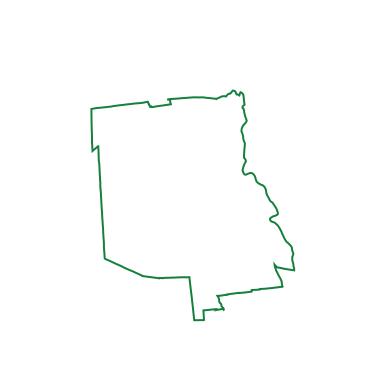 the district of Botesti, Neamt, Romania, rotated 221°
{"feature_id": "2599482B78985950419724", "entity_name": "Botesti", "entity_type": "district", "adm_level": 2, "iso_a3": "ROU", "parent_name": "Romania", "parent_adm1": "Neamt", "projection": "mercator", "projection_center": [26.751, 47.065], "detail": "fine", "context": "isolated", "style": "outline", "palette": "green", "viewbox_px": 384, "rotation_deg": 221, "n_neighbors": 0, "source": "geoboundaries", "source_scale": "gbopen_adm2", "svg_char_len": 5928}
<svg xmlns="http://www.w3.org/2000/svg" viewBox="0 0 384 384"><g transform="rotate(221 192 192)"><path d="M219.5,299.5L220.8,299.1L220.6,298.7L220.5,298.0L220.3,297.4L220.1,296.8L219.8,296.4L219.8,296.2L219.7,296.0L220.6,295.9L221.3,295.6L221.6,295.4L221.8,295.2L221.9,295.3L222.0,295.3L222.3,295.3L222.9,295.1L223.7,295.4L224.1,295.7L224.6,296.1L225.3,296.2L226.1,296.2L226.6,296.0L227.2,295.7L227.6,295.4L227.7,295.2L227.7,294.8L227.7,294.2L227.7,293.1L227.7,292.6L227.8,292.1L227.6,291.7L227.7,291.3L228.0,291.1L228.2,290.6L228.7,290.2L229.0,289.2L229.0,288.9L229.1,287.5L229.0,286.6L229.0,286.4L229.8,286.0L230.5,285.5L232.3,283.6L232.8,282.2L233.5,280.7L234.1,279.6L234.5,278.6L234.5,278.2L235.5,277.9L235.7,277.5L235.9,277.4L236.2,277.2L236.5,277.0L237.8,276.2L238.7,275.5L239.4,275.1L240.0,274.7L241.0,274.0L241.5,273.6L242.1,273.1L243.6,272.1L245.2,271.1L246.8,269.8L247.5,269.1L252.2,265.1L253.1,264.3L260.2,257.2L264.2,253.0L265.3,251.9L265.7,251.5L266.8,250.5L268.6,248.7L270.9,246.2L271.4,245.7L271.1,245.8L270.5,246.2L269.9,246.6L269.3,247.1L269.1,247.3L268.8,247.2L268.4,246.7L268.1,246.3L267.5,245.7L267.0,245.2L265.5,244.3L265.8,243.9L266.4,243.3L267.2,242.3L267.9,241.5L268.5,240.9L268.9,240.4L269.4,239.8L269.8,239.3L270.4,238.6L271.3,237.6L271.7,237.1L272.2,236.5L273.7,234.8L274.1,234.4L274.3,234.1L275.6,232.6L276.2,231.9L277.0,230.8L278.0,229.7L278.8,229.9L279.0,229.4L279.4,228.7L281.7,230.0L281.9,229.7L284.5,231.1L284.8,230.8L284.8,230.7L285.6,229.8L286.4,228.8L287.0,227.8L288.0,226.8L289.2,225.4L291.1,223.4L293.2,221.3L295.3,219.0L296.0,218.1L296.4,217.7L297.3,216.8L298.8,215.2L299.4,214.5L300.1,213.7L300.5,213.2L301.5,212.2L303.1,210.4L303.9,209.6L305.4,207.8L306.7,206.4L307.6,205.3L309.7,202.7L310.0,202.4L310.6,201.8L311.8,200.5L312.7,199.5L313.0,199.1L313.4,198.8L313.7,198.5L314.6,197.5L316.0,196.0L317.4,194.5L318.1,193.8L319.5,192.3L319.7,192.0L321.9,189.3L322.4,188.7L315.5,180.9L309.5,174.3L308.8,173.6L307.7,172.3L306.4,171.0L302.5,166.7L302.2,166.4L301.8,165.9L299.5,163.3L297.1,160.9L294.0,157.7L293.9,158.6L293.3,162.1L293.1,164.0L292.9,165.0L292.7,165.0L292.4,164.6L291.6,163.9L290.9,163.1L290.4,162.5L289.8,162.0L289.2,161.3L288.6,160.6L288.1,160.2L287.7,159.7L286.1,158.0L284.3,156.0L283.6,155.2L283.2,154.8L282.4,154.0L281.3,153.2L280.6,152.6L279.8,151.7L278.7,150.6L277.0,148.8L276.0,147.9L275.8,147.5L275.1,146.8L274.1,145.8L272.5,144.1L271.0,142.7L269.3,140.8L267.1,138.7L266.4,137.9L266.0,137.3L265.1,136.3L264.2,135.3L263.6,134.9L263.0,134.2L260.9,132.3L258.8,130.0L256.0,127.2L253.5,124.6L247.8,118.8L246.5,117.6L245.0,116.0L244.3,115.2L243.6,114.5L242.8,113.7L240.2,111.1L239.8,110.7L238.8,109.7L238.1,109.0L237.7,108.5L237.3,108.1L236.4,107.3L235.9,106.8L235.2,106.1L234.2,105.1L233.5,104.3L233.1,103.9L232.4,103.1L231.4,102.1L231.1,101.8L230.8,101.5L230.7,101.4L230.2,100.9L229.4,100.0L228.9,99.6L228.4,99.1L227.3,98.0L225.4,96.1L224.2,94.8L223.2,93.6L222.2,92.5L221.4,91.7L220.4,90.7L219.2,89.5L218.3,88.7L215.3,85.6L214.2,84.5L212.6,84.9L211.1,85.3L209.7,85.8L208.4,86.2L205.7,86.9L205.3,87.1L204.8,87.2L203.1,87.7L201.6,88.1L199.1,88.9L198.2,89.2L196.3,89.8L194.8,90.1L194.7,90.1L192.9,90.6L191.1,91.1L189.9,91.5L189.4,91.7L188.7,91.9L184.2,93.4L181.7,94.1L178.7,95.0L177.4,95.4L174.7,96.1L174.4,96.0L174.2,96.1L161.8,104.3L159.9,105.5L160.0,106.0L157.6,107.7L157.6,108.0L156.8,108.7L154.7,110.8L153.6,111.7L150.9,114.3L149.1,115.9L144.9,119.9L142.9,121.7L141.1,123.3L140.6,123.5L139.1,125.1L138.1,126.0L131.9,120.3L123.6,112.8L113.4,103.4L108.3,98.6L106.2,96.7L99.0,103.1L99.0,103.3L105.7,110.1L96.8,119.6L96.7,119.5L96.2,119.0L96.2,118.9L92.0,124.1L91.7,124.1L91.4,124.0L91.4,123.9L91.1,123.8L90.8,123.8L90.8,124.1L91.6,124.7L93.1,125.0L94.5,125.1L95.0,125.3L95.3,125.5L95.7,125.9L95.9,126.2L96.5,126.5L96.9,126.7L97.6,126.6L98.0,126.5L98.8,126.8L99.4,127.0L101.1,128.7L102.5,129.6L104.7,130.3L103.5,131.4L103.3,131.5L102.9,132.0L101.4,133.7L99.2,136.3L97.9,137.6L98.2,137.9L96.9,139.4L94.2,142.4L90.5,146.6L90.3,146.5L88.8,148.1L86.2,150.8L84.1,153.2L81.6,156.0L82.6,157.2L81.0,158.8L79.8,159.9L77.5,162.2L76.8,162.9L76.8,163.0L77.1,163.3L75.9,164.6L74.4,165.9L67.6,173.1L67.1,173.8L64.4,176.7L63.1,178.2L61.6,179.8L61.7,180.1L61.8,180.1L62.4,180.5L63.0,180.9L64.0,181.7L64.9,182.6L65.8,183.2L66.0,183.5L66.5,183.8L67.6,184.2L68.7,184.8L70.7,185.4L73.9,186.7L77.1,188.0L78.3,188.8L79.7,189.5L81.8,191.1L82.0,191.3L81.6,191.2L80.8,191.2L80.1,191.1L79.5,191.1L78.7,191.0L77.9,191.2L77.6,191.4L77.2,191.6L76.8,192.0L76.6,192.1L76.4,192.2L76.0,192.4L75.4,192.7L74.9,193.1L74.3,193.3L73.7,193.7L73.4,193.8L73.1,193.9L63.5,199.9L65.0,201.5L66.6,202.5L68.2,204.1L70.0,205.3L71.4,206.2L72.3,207.0L73.0,207.9L73.7,208.8L74.2,210.2L74.9,211.8L76.3,212.7L78.0,213.6L79.2,214.6L80.1,215.5L81.5,216.1L83.4,216.3L85.1,216.5L87.1,216.5L88.1,216.5L89.5,216.8L91.4,217.4L94.6,218.9L96.8,219.8L97.9,220.4L99.9,221.3L102.5,222.2L105.1,223.0L107.5,223.1L109.6,223.1L111.5,222.4L113.0,221.8L114.1,221.9L115.5,222.8L115.6,224.1L114.8,226.8L113.8,228.3L112.8,230.5L112.7,231.7L113.7,232.8L116.0,234.1L117.8,235.0L124.3,236.8L126.4,236.5L127.7,236.8L130.6,238.0L133.0,238.8L134.7,239.7L137.6,242.0L139.3,243.0L141.2,243.5L143.2,243.4L144.7,242.8L146.9,242.3L148.4,242.1L150.2,242.3L152.4,243.5L154.0,244.7L156.2,245.6L157.8,245.7L159.1,245.6L160.4,244.6L161.1,243.7L162.0,241.9L162.7,240.4L163.3,239.9L164.2,239.8L165.1,239.9L166.1,240.5L168.0,241.4L169.5,244.2L170.5,246.8L171.3,249.6L171.4,250.5L172.3,251.2L173.1,251.6L174.4,251.8L175.4,252.1L177.6,254.8L180.1,258.1L181.9,260.7L183.8,263.1L184.3,263.7L186.3,264.5L188.2,265.8L190.0,267.6L192.9,269.5L194.5,270.2L196.2,272.7L196.7,274.3L197.1,276.1L196.9,278.9L197.1,280.7L197.4,281.6L198.9,282.6L200.8,283.6L204.1,285.8L205.5,287.0L206.9,288.2L207.9,288.7L208.7,288.5L209.4,289.0L209.9,289.7L209.8,291.3L209.6,292.4L212.5,294.8L215.0,297.3L216.9,298.9L218.0,299.4L219.5,299.5Z" fill="none" stroke="#15803d" stroke-width="2"/></g></svg>